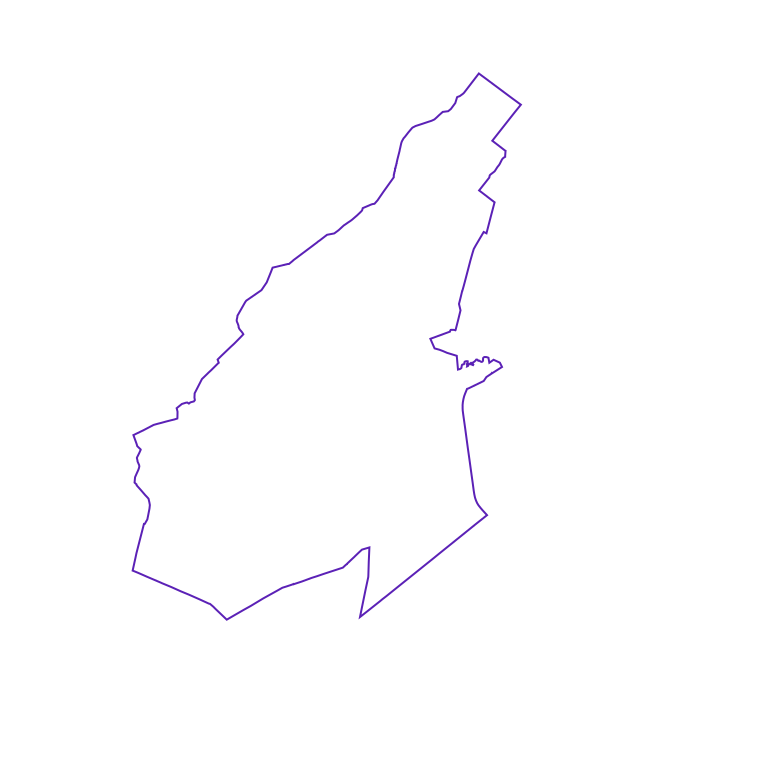 the district of Ilzenes pag., Aluksne, Latvia, rotated 309°
{"feature_id": "27541924B97832131674611", "entity_name": "Ilzenes pag.", "entity_type": "district", "adm_level": 2, "iso_a3": "LVA", "parent_name": "Latvia", "parent_adm1": "Aluksne", "projection": "equal_earth", "projection_center": [26.7, 57.377], "detail": "fine", "context": "isolated", "style": "outline", "palette": "violet", "viewbox_px": 768, "rotation_deg": 309, "n_neighbors": 0, "source": "geoboundaries", "source_scale": "gbopen_adm2", "svg_char_len": 5913}
<svg xmlns="http://www.w3.org/2000/svg" viewBox="0 0 768 768"><g transform="rotate(309 384 384)"><path d="M594.5,355.7L594.8,355.6L594.3,336.1L610.7,335.9L612.0,335.2L612.7,334.9L613.5,334.9L614.5,335.1L617.8,335.9L618.3,336.0L618.9,336.1L619.5,336.1L623.9,335.6L626.0,335.6L626.8,335.6L628.1,335.4L632.7,334.4L634.2,334.4L635.5,334.7L636.8,335.2L637.4,334.7L641.7,331.7L641.6,331.4L641.6,331.2L641.2,315.1L669.6,314.7L677.6,314.6L687.2,314.6L686.7,304.3L685.0,262.3L661.8,262.9L660.4,262.9L659.1,262.7L655.4,261.7L653.4,260.5L652.9,260.3L647.2,262.6L639.8,262.9L636.4,262.2L632.4,258.4L627.5,257.6L624.4,257.2L621.4,256.7L620.5,256.3L618.5,255.3L617.1,254.4L616.2,253.8L609.3,249.4L604.4,246.2L601.2,244.8L600.3,244.7L595.7,244.6L594.4,244.6L590.0,244.7L588.9,244.7L587.3,244.6L584.3,245.1L583.2,245.4L581.9,245.9L577.5,248.1L575.8,248.9L575.2,249.3L568.0,252.6L566.3,253.4L565.0,254.1L564.6,254.2L564.1,254.5L563.5,255.0L563.3,255.1L562.7,255.1L561.7,255.8L561.2,256.0L560.9,256.0L560.7,256.0L560.0,256.5L559.7,256.7L559.2,256.8L559.1,257.0L558.9,257.1L558.6,257.2L558.3,257.2L558.2,257.1L558.0,257.3L557.6,257.6L557.3,257.8L557.1,257.9L556.8,258.0L556.7,258.2L556.4,258.3L556.2,258.5L555.7,258.5L555.2,258.8L554.8,259.0L554.4,259.1L554.3,259.3L554.2,259.4L554.0,259.5L553.2,259.7L552.9,259.9L552.8,260.1L552.6,260.2L552.3,260.3L552.1,260.5L551.8,260.6L551.1,261.3L550.9,261.4L550.8,261.5L532.8,262.6L525.1,263.2L522.7,263.4L518.1,263.2L516.4,261.7L514.9,260.8L513.5,260.1L507.3,256.8L505.2,257.7L503.9,257.7L498.3,257.0L491.6,255.8L489.6,255.3L487.1,254.5L483.6,253.5L482.1,253.0L479.6,252.6L475.4,252.0L474.0,251.7L469.8,250.6L469.5,250.4L464.3,246.0L464.0,245.8L455.1,243.7L453.1,243.1L451.9,242.9L423.3,235.7L422.3,235.6L417.4,234.6L416.7,233.7L404.3,224.2L400.3,225.5L389.2,228.9L379.8,229.7L375.0,228.3L362.1,224.5L360.2,224.6L346.9,226.8L344.9,227.1L344.0,227.7L343.3,228.1L342.5,228.5L341.7,228.9L341.1,229.2L340.6,229.6L339.9,230.4L339.6,231.0L339.3,231.5L339.1,232.0L338.5,233.0L338.2,233.5L337.5,234.5L337.2,234.8L336.6,235.3L336.4,235.8L336.0,236.4L335.6,237.6L335.4,238.5L335.2,239.6L335.1,240.1L335.0,240.6L334.8,241.4L334.7,241.8L334.3,243.0L334.1,243.4L329.2,243.0L321.1,242.2L316.3,241.5L303.8,239.9L298.3,239.3L296.5,242.2L296.2,242.1L286.0,241.0L281.9,240.4L281.6,240.4L273.3,239.4L257.6,242.7L254.2,245.2L252.5,247.1L252.2,247.2L250.8,247.2L247.9,245.1L246.0,244.7L245.8,242.8L245.4,242.4L244.9,241.9L241.3,239.5L234.7,238.1L234.3,238.7L232.5,241.0L227.9,244.6L227.1,245.1L224.5,243.4L221.5,241.1L217.6,238.2L213.4,235.2L210.6,233.1L207.2,230.7L197.0,226.3L186.6,221.4L182.5,228.2L181.7,229.5L180.4,231.4L180.4,231.6L180.2,233.8L180.0,236.1L179.8,236.3L176.0,237.3L172.3,238.1L171.4,238.3L171.0,238.5L169.1,240.9L168.7,241.2L166.9,244.7L166.0,245.7L164.4,246.5L162.4,247.2L158.9,248.1L154.9,249.2L154.0,249.8L150.4,252.2L150.2,254.9L150.1,255.0L149.8,255.3L149.7,255.4L149.6,255.6L149.3,257.3L149.0,259.2L148.5,262.2L147.4,268.2L147.1,270.5L146.8,272.5L146.6,273.3L146.1,273.9L144.4,276.1L142.6,278.2L139.5,280.2L135.9,282.1L132.9,283.7L129.8,285.3L126.6,285.8L125.6,286.0L124.6,286.1L124.2,285.5L109.8,292.1L96.7,298.1L92.4,300.3L81.2,305.9L80.8,306.1L81.2,307.4L82.4,311.4L83.7,316.1L85.0,320.9L89.1,335.3L89.5,336.9L92.3,346.3L95.0,356.5L97.5,364.9L100.7,376.7L103.1,386.1L103.6,387.1L103.6,388.2L103.5,391.7L103.3,393.3L103.1,395.3L102.3,405.3L101.9,410.1L114.7,415.0L119.9,417.0L127.6,420.1L141.4,425.1L156.5,431.2L161.6,433.2L161.8,433.3L165.1,435.5L170.1,438.7L171.6,439.5L171.5,439.8L172.2,440.2L173.9,441.3L178.7,444.4L187.8,449.8L192.5,452.9L198.4,456.6L215.4,467.6L219.1,468.1L220.1,468.3L220.7,468.6L221.0,468.4L227.8,469.3L231.3,469.8L231.6,469.8L235.6,470.3L237.2,470.5L241.4,471.1L247.8,475.5L236.3,484.0L225.4,492.3L224.0,493.3L212.2,499.3L202.2,504.5L196.6,507.4L187.8,512.0L197.0,514.1L212.7,517.6L215.8,518.2L220.4,519.3L239.0,523.3L263.4,528.6L280.5,532.3L286.3,533.5L332.0,543.3L346.9,546.6L347.9,540.1L348.5,536.9L349.2,533.8L350.0,531.5L351.3,528.9L353.0,526.2L355.1,523.6L357.8,520.6L363.2,514.9L370.2,507.4L379.3,497.7L387.4,489.0L400.8,474.8L407.6,467.5L410.5,464.4L413.0,461.8L414.8,460.2L416.2,459.1L417.0,458.4L419.4,456.8L422.3,455.2L424.9,454.0L427.5,453.1L430.5,452.2L432.5,451.6L433.5,452.3L449.1,459.6L453.9,459.2L459.4,460.9L459.8,460.9L460.0,460.9L459.9,461.1L471.5,465.0L473.5,460.6L471.8,453.9L466.8,452.5L469.8,449.0L470.1,448.7L469.9,447.8L469.7,447.5L469.3,446.5L468.8,445.9L468.5,445.4L468.0,445.0L467.6,444.8L467.1,444.7L466.6,444.7L466.1,445.0L465.6,445.3L464.9,446.0L464.5,446.2L464.2,446.3L463.8,446.4L463.4,446.4L463.1,446.3L462.8,446.1L462.5,445.8L462.3,445.2L462.2,444.6L462.1,443.7L462.1,443.4L461.6,443.0L461.4,442.7L461.4,442.3L461.5,442.0L461.7,441.6L461.7,441.4L461.5,440.9L461.2,440.5L461.0,440.3L460.6,440.3L460.1,440.4L459.8,440.4L459.5,440.3L458.5,440.2L456.8,439.7L455.6,439.1L455.1,439.9L455.5,440.3L455.3,441.2L454.7,441.3L454.6,441.0L454.8,440.6L454.6,440.2L454.1,439.6L454.0,439.2L454.7,438.2L452.9,437.8L452.2,437.5L451.8,437.6L451.3,437.8L450.7,437.9L450.0,437.5L450.4,437.3L451.2,437.2L451.5,437.0L451.2,436.3L451.5,435.8L452.3,435.8L453.0,436.0L453.3,435.4L454.3,434.8L454.0,434.1L452.8,433.0L452.1,432.7L451.4,432.9L450.5,433.5L449.9,433.6L449.6,433.6L449.2,433.3L448.6,432.8L448.1,432.6L447.7,432.7L447.0,433.0L446.1,433.5L445.9,433.6L445.7,433.7L445.3,434.0L444.8,434.0L444.2,433.9L443.9,433.8L443.7,433.7L443.1,433.4L442.4,432.8L442.3,432.7L441.8,432.4L451.7,422.8L447.9,413.4L446.7,409.1L445.5,405.5L443.5,400.9L448.3,391.6L466.2,402.3L466.8,402.0L468.0,401.8L468.7,402.5L470.0,404.2L470.4,405.0L470.7,405.7L470.9,405.7L480.7,401.2L489.4,397.1L493.4,391.9L500.5,388.6L505.5,386.2L505.6,386.3L509.8,384.5L514.3,382.5L516.3,381.6L525.8,377.3L527.8,376.4L534.4,373.4L541.2,370.5L545.4,368.8L549.4,368.1L557.5,366.9L564.9,365.8L565.6,368.8L582.5,361.1L594.5,355.7Z" fill="none" stroke="#5b21b6" stroke-width="2"/></g></svg>